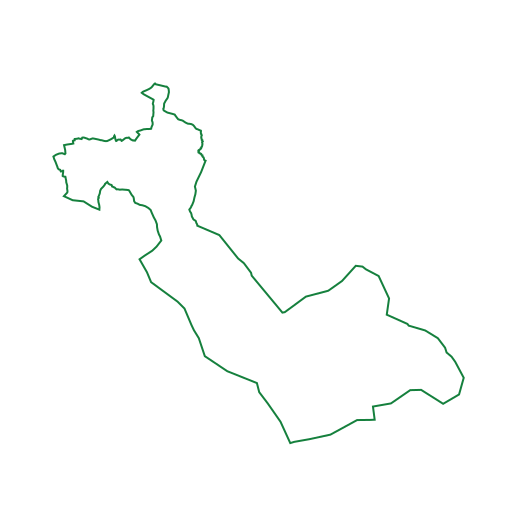 the district of Oyo East, Oyo, Nigeria, rotated 77°
{"feature_id": "59680162B21986463159939", "entity_name": "Oyo East", "entity_type": "district", "adm_level": 2, "iso_a3": "NGA", "parent_name": "Nigeria", "parent_adm1": "Oyo", "projection": "orthographic", "projection_center": [3.95, 7.875], "detail": "fine", "context": "isolated", "style": "outline", "palette": "green", "viewbox_px": 512, "rotation_deg": 77, "n_neighbors": 0, "source": "geoboundaries", "source_scale": "gbopen_adm2", "svg_char_len": 5960}
<svg xmlns="http://www.w3.org/2000/svg" viewBox="0 0 512 512"><g transform="rotate(77 256 256)"><path d="M421.4,81.0L403.9,85.7L398.1,88.1L392.9,92.0L387.9,92.4L377.0,97.3L366.6,107.9L358.2,122.9L356.3,123.7L342.6,141.8L327.3,135.9L303.1,141.0L293.7,151.9L290.3,154.6L288.0,161.0L299.7,177.8L306.1,193.4L306.8,216.5L317.2,240.6L317.1,243.0L274.2,264.6L271.2,264.6L260.3,269.4L254.4,274.0L227.4,287.0L213.3,306.3L212.9,306.1L212.4,306.3L211.6,306.3L210.5,306.7L208.4,306.8L207.5,307.5L206.9,308.2L206.1,308.8L204.4,309.2L203.2,309.6L201.0,309.5L199.5,309.6L198.0,310.2L196.9,310.4L195.7,310.5L194.6,309.1L193.3,307.9L192.9,307.8L192.0,306.8L188.7,304.5L185.1,302.8L182.2,301.2L178.8,299.9L174.6,299.9L171.9,298.3L170.2,297.3L161.9,290.6L151.8,283.7L151.1,284.7L150.6,284.8L150.0,284.9L149.3,284.8L148.1,284.9L147.5,285.5L147.1,285.6L146.9,285.8L146.4,285.6L146.0,285.5L145.7,286.0L145.1,286.4L144.8,286.3L144.6,286.5L144.4,286.4L144.1,286.5L143.7,287.1L143.4,287.3L143.3,287.6L143.3,287.9L143.2,288.0L143.0,287.9L142.8,288.1L142.4,288.1L142.1,288.4L141.9,288.5L141.7,288.4L141.7,288.6L141.4,288.5L141.2,288.6L140.8,288.6L140.7,288.5L140.2,288.4L140.0,288.0L139.8,287.7L139.9,287.3L139.6,286.5L139.3,286.1L139.1,285.9L138.9,285.9L138.9,285.4L138.1,285.1L137.8,285.0L137.7,284.8L137.8,284.6L137.4,284.4L137.2,284.1L136.6,283.7L136.2,283.5L135.6,283.4L135.0,283.0L134.1,282.9L133.7,282.8L133.4,283.0L133.0,282.8L132.7,282.8L132.6,282.7L132.4,282.5L132.2,282.1L131.3,282.5L131.1,282.6L130.9,282.4L130.6,282.7L130.4,282.6L130.2,282.7L129.8,282.7L128.9,282.6L128.6,282.8L127.2,282.4L126.8,282.2L126.5,281.8L126.1,281.9L125.3,281.7L125.1,281.9L124.8,282.1L124.6,282.0L124.4,282.0L123.7,282.1L123.0,281.9L122.8,281.8L122.6,281.7L121.5,281.5L120.7,282.7L119.3,284.5L118.9,285.3L118.6,285.6L118.1,286.0L115.5,287.1L114.6,287.6L113.8,288.2L113.3,288.9L112.9,289.4L112.1,291.4L112.0,291.9L111.8,292.5L111.0,293.6L110.0,294.8L107.7,296.9L106.9,298.1L106.5,299.1L106.0,299.9L105.4,300.9L105.2,301.1L102.7,302.3L102.3,302.4L101.4,302.8L101.0,303.1L100.3,303.2L99.9,303.4L98.7,305.5L96.4,309.9L96.2,310.2L93.7,312.9L93.2,313.2L92.8,313.3L92.0,313.2L91.7,313.2L91.2,312.7L89.8,312.1L88.9,311.8L87.0,311.3L86.2,310.7L85.8,310.3L84.3,309.0L82.7,307.2L82.1,306.6L81.3,306.1L79.3,305.2L76.8,304.0L74.8,303.7L73.2,303.6L72.7,303.8L70.9,304.9L70.8,305.1L70.8,305.5L70.3,306.6L69.9,307.4L69.7,307.8L68.1,311.0L66.1,315.1L65.7,315.3L65.3,315.4L65.2,315.8L65.8,316.8L68.0,319.6L68.7,321.0L69.3,322.9L69.8,325.2L70.4,328.6L70.6,329.4L71.3,330.6L73.1,329.1L75.7,326.2L79.6,321.8L80.5,320.8L80.8,320.6L82.7,321.4L84.4,322.3L84.8,322.3L85.7,322.1L86.4,322.1L87.8,322.3L88.6,322.6L89.3,322.7L91.4,323.4L92.8,323.5L93.7,323.8L96.6,324.7L96.9,325.0L97.3,325.6L97.6,325.9L97.9,326.0L98.8,326.3L100.3,326.9L101.2,326.9L101.7,326.8L102.4,326.7L102.9,326.8L104.2,327.0L104.7,327.2L105.3,327.6L106.3,328.4L106.6,328.6L107.8,329.3L108.4,329.5L108.5,329.8L108.3,330.8L108.2,331.8L107.7,333.7L107.5,335.5L107.3,336.7L107.3,337.2L107.7,340.4L107.7,341.7L107.8,342.8L107.9,343.3L108.3,344.2L109.5,343.5L110.7,342.7L111.5,342.3L112.8,343.9L114.4,345.8L115.0,346.5L116.4,347.9L116.3,348.3L116.0,348.7L115.8,349.1L115.9,349.7L115.7,350.0L114.5,351.5L113.9,352.0L113.2,352.5L112.0,353.2L112.1,353.4L112.1,353.8L111.7,355.6L111.8,356.9L112.9,359.2L113.6,360.9L113.6,361.1L112.2,361.6L112.0,361.8L111.9,362.9L111.6,364.1L111.9,365.2L112.5,366.0L112.5,366.4L112.0,366.6L110.8,366.7L109.2,366.7L108.4,366.6L107.6,366.6L106.8,366.8L107.4,367.4L108.3,367.7L108.5,367.9L108.7,368.4L109.6,371.1L110.1,373.2L110.4,374.7L110.5,375.3L110.4,375.8L110.3,376.5L109.8,377.9L109.1,379.2L108.4,380.5L108.2,381.3L107.1,383.3L105.7,386.3L104.9,388.1L104.7,388.6L104.8,390.1L105.0,391.4L105.0,392.1L104.9,392.5L104.2,393.5L103.7,394.0L102.3,396.3L101.8,397.2L101.6,398.1L101.6,398.7L102.0,399.0L102.6,399.4L102.8,399.6L102.6,400.0L102.4,400.6L102.2,400.9L101.9,401.8L101.6,402.2L101.4,402.4L101.4,402.8L101.5,403.0L101.5,403.5L101.4,404.8L101.2,406.4L101.3,406.5L102.5,406.7L102.5,408.3L102.6,408.5L103.1,408.6L104.0,408.6L104.4,408.7L105.3,408.7L105.3,410.2L104.9,414.9L104.8,418.1L109.8,418.1L113.2,418.6L113.8,419.4L112.2,421.8L111.9,424.8L112.4,428.1L113.5,431.0L116.3,430.8L119.1,430.2L122.8,429.7L124.8,429.4L125.2,429.5L126.0,429.3L127.1,428.8L128.0,427.4L129.6,427.2L129.8,427.1L129.7,425.8L129.4,425.0L129.5,424.7L130.8,425.0L133.6,426.1L134.1,426.2L134.5,426.4L134.8,426.2L135.6,424.9L135.9,423.9L136.7,423.9L137.9,424.0L139.7,424.0L141.5,424.3L144.8,424.1L146.3,424.4L147.8,424.9L150.5,425.1L151.7,425.6L154.5,429.7L160.4,422.1L164.0,411.7L171.1,404.7L175.6,398.2L173.3,397.5L171.0,397.3L168.0,397.4L166.0,397.1L165.1,397.1L164.9,397.0L164.0,396.1L163.8,396.2L163.5,396.4L163.1,396.4L162.8,396.2L162.1,395.6L161.3,395.1L160.0,394.2L157.3,393.1L155.7,391.8L154.0,389.1L153.0,387.9L152.3,387.1L151.8,386.9L150.4,384.2L151.3,383.9L151.7,383.7L152.2,383.6L152.9,382.9L153.4,382.4L153.6,382.1L153.9,381.5L154.2,380.9L154.4,380.7L155.1,380.6L155.9,380.6L156.0,380.5L156.3,379.9L157.2,378.9L157.2,378.7L157.4,378.4L158.1,377.9L158.6,377.7L159.2,377.2L159.4,377.1L159.7,376.9L159.8,376.1L160.2,374.9L160.8,373.7L160.8,373.3L160.9,372.7L161.1,371.4L161.3,370.8L162.1,368.3L162.3,367.6L163.0,365.7L163.2,365.2L164.0,364.8L166.2,364.1L168.2,363.5L169.5,362.9L170.2,362.5L170.8,362.2L172.1,362.1L175.2,362.4L177.1,361.7L178.4,359.6L180.0,357.8L181.0,355.3L182.6,352.6L185.1,350.0L187.5,348.3L190.2,347.9L195.3,346.9L198.8,345.9L202.8,345.4L205.5,345.9L209.2,346.1L213.2,345.7L215.4,345.1L219.6,344.8L224.5,350.8L227.5,355.9L230.6,364.4L233.0,370.2L247.3,365.9L257.9,364.1L282.8,342.7L291.1,337.5L308.8,334.4L314.3,333.2L323.2,330.2L342.1,328.4L361.8,309.9L380.0,283.7L389.4,283.5L402.3,277.7L423.0,269.4L446.0,264.7L445.7,260.5L446.5,245.2L446.8,223.7L438.6,194.4L441.4,181.6L442.2,177.2L429.0,175.9L430.0,157.7L421.4,135.9L423.6,125.2L442.1,106.9L436.6,89.3L421.4,81.0Z" fill="none" stroke="#15803d" stroke-width="2"/></g></svg>